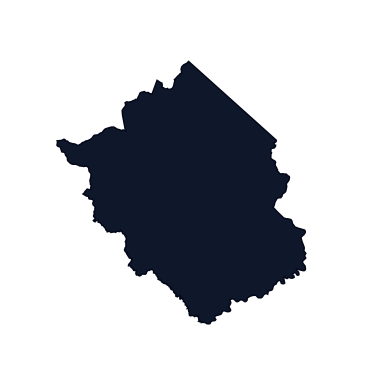 Confresa, Mato Grosso, Brazil, rotated 219°
{"feature_id": "56859067B65031826235038", "entity_name": "Confresa", "entity_type": "district", "adm_level": 2, "iso_a3": "BRA", "parent_name": "Brazil", "parent_adm1": "Mato Grosso", "projection": "robinson", "projection_center": [-51.724, -10.407], "detail": "fine", "context": "isolated", "style": "filled", "palette": "ink", "viewbox_px": 384, "rotation_deg": 219, "n_neighbors": 0, "source": "geoboundaries", "source_scale": "gbopen_adm2", "svg_char_len": 5988}
<svg xmlns="http://www.w3.org/2000/svg" viewBox="0 0 384 384"><g transform="rotate(219 192 192)"><path d="M329.0,146.9L327.8,146.0L326.5,143.5L325.5,143.1L324.2,143.4L322.8,144.1L318.4,141.3L316.3,142.5L315.5,142.5L313.1,140.9L311.4,140.7L310.5,140.2L308.6,138.3L307.8,138.1L304.6,137.8L302.8,138.2L301.5,139.0L299.8,140.4L297.0,141.4L295.6,141.6L293.6,143.1L292.6,143.4L290.6,145.5L289.5,145.9L288.5,145.9L287.3,145.5L285.1,143.4L282.3,142.8L281.5,142.1L279.8,139.6L278.7,136.9L278.1,136.2L276.9,135.4L275.9,134.1L274.7,133.8L274.2,133.3L273.7,132.1L273.0,131.3L272.7,129.7L273.3,129.0L274.9,128.6L275.4,127.9L275.2,126.9L275.5,125.4L275.1,122.9L275.4,121.9L271.5,122.4L270.2,123.3L269.0,123.0L268.0,122.0L266.9,122.2L266.2,122.9L264.5,123.7L263.4,123.5L262.7,122.7L262.0,120.9L261.5,120.3L260.6,119.8L258.6,119.7L257.8,119.3L257.1,118.1L256.1,117.1L255.9,116.1L255.9,115.3L255.0,114.1L254.0,113.8L253.8,112.0L253.0,111.1L251.2,110.9L250.4,110.1L250.7,107.7L249.5,107.6L248.6,107.9L248.9,108.9L247.4,110.3L246.4,110.5L245.8,109.6L244.7,110.2L242.9,110.3L240.9,109.4L240.1,109.9L239.2,109.9L238.1,109.5L237.0,109.5L234.9,108.3L233.9,108.4L233.0,107.7L232.3,108.3L231.8,109.5L229.5,109.6L228.1,111.3L226.8,112.4L226.0,112.6L225.5,114.4L223.2,115.8L223.5,117.1L220.9,117.0L220.1,116.4L219.0,116.1L218.2,116.8L217.4,116.8L217.0,116.1L214.1,114.9L213.1,113.6L212.4,111.3L211.6,111.3L208.9,107.9L208.8,106.4L208.3,105.5L208.1,104.6L206.4,103.7L205.2,103.6L204.3,104.1L204.0,103.0L199.1,101.3L197.7,102.1L196.6,102.2L196.1,100.8L195.5,100.0L195.6,95.8L194.9,94.7L193.2,96.0L191.9,95.1L190.4,95.3L189.7,94.9L188.8,95.1L188.1,94.4L187.2,94.8L186.4,95.6L185.5,95.6L184.8,94.0L183.8,92.9L182.5,92.7L181.7,93.8L180.6,93.5L179.7,94.1L179.3,94.9L179.2,96.8L176.6,98.7L176.3,99.7L176.8,100.8L177.1,103.2L175.7,104.4L175.7,105.4L174.9,105.9L174.3,106.8L173.2,106.9L171.5,105.9L171.0,105.0L169.9,105.5L168.5,105.8L167.8,105.0L166.9,105.6L166.1,104.5L165.3,104.6L164.8,104.0L164.0,103.7L163.3,102.8L162.3,103.3L161.5,103.3L160.6,103.9L159.3,103.1L157.7,103.3L156.6,103.2L155.8,104.1L155.0,103.8L154.2,104.7L153.2,104.1L151.1,104.6L150.1,104.0L148.1,104.6L147.9,103.4L146.8,103.2L145.1,103.9L144.1,103.6L143.4,102.8L141.5,102.4L140.4,102.8L139.0,100.9L137.3,101.4L137.2,102.4L135.6,103.7L134.9,102.1L134.0,101.3L133.3,101.8L133.5,103.1L132.6,103.3L130.4,102.3L129.7,101.5L129.0,102.0L128.1,101.5L126.7,101.3L126.2,100.1L125.4,100.5L124.4,99.9L123.0,100.1L122.4,98.5L121.7,99.4L119.2,97.0L118.2,96.9L117.6,95.5L116.7,95.5L116.4,94.6L115.5,94.7L113.7,96.5L112.8,96.9L111.7,96.7L111.1,97.6L110.9,98.4L109.8,98.5L109.9,99.5L109.0,99.5L106.1,96.9L105.2,97.2L105.5,95.7L104.7,95.9L103.1,97.0L102.6,96.4L101.9,97.3L99.5,98.9L97.6,99.0L96.0,100.1L95.2,101.1L95.6,102.1L95.6,103.1L95.2,104.5L94.5,105.4L93.3,106.4L93.2,107.8L95.0,108.4L95.8,109.4L95.8,110.6L93.0,114.5L92.6,115.5L92.6,116.4L93.1,117.7L93.0,119.2L92.1,120.1L89.6,121.0L88.7,121.6L87.5,123.0L87.5,124.3L88.0,124.8L90.7,125.9L91.4,126.6L91.7,129.3L92.3,130.5L94.4,131.7L94.4,133.1L92.6,135.1L88.7,134.8L87.9,135.1L87.3,136.0L86.5,138.6L86.0,139.2L84.8,139.8L82.0,140.0L81.3,140.6L81.1,141.7L81.2,142.9L82.1,143.8L82.3,144.7L81.5,147.0L80.4,148.9L78.9,150.7L78.0,151.5L77.2,151.9L74.0,151.5L71.8,153.2L71.4,153.9L71.3,155.2L71.7,156.9L71.1,159.1L70.3,159.9L68.9,160.2L70.1,162.5L70.1,163.7L68.8,165.2L68.3,166.1L68.3,167.1L69.5,169.7L69.7,171.0L69.5,172.0L68.8,173.4L69.4,175.9L69.2,176.9L68.7,177.9L67.9,178.7L67.2,178.6L65.1,177.3L64.3,177.5L62.9,178.5L62.7,179.6L65.9,182.2L66.9,183.9L65.9,184.4L64.5,184.2L63.6,184.7L63.4,185.9L62.7,186.7L60.6,187.5L59.6,188.4L58.9,190.0L60.0,190.9L61.1,190.8L61.9,191.2L62.1,192.4L61.4,194.0L60.3,194.4L58.6,193.6L57.6,193.8L56.9,194.5L57.0,195.3L58.6,196.7L59.5,196.9L61.0,196.8L62.2,197.3L61.3,198.4L56.0,200.9L55.3,201.6L55.0,202.6L55.4,203.6L57.5,205.6L60.7,206.3L61.7,206.8L62.3,207.7L62.7,208.9L62.3,209.8L62.0,212.1L62.6,212.6L64.0,212.8L64.9,214.8L64.8,215.8L67.8,216.6L68.5,217.3L69.3,218.8L70.2,219.7L75.5,222.8L78.2,224.8L78.7,225.5L78.7,226.5L78.2,229.6L78.3,230.7L78.6,231.9L79.2,232.7L80.2,233.2L81.1,233.1L82.9,232.2L83.7,232.0L86.8,230.6L90.2,229.6L91.9,230.2L93.5,230.4L96.5,232.5L97.8,232.8L100.4,231.6L101.9,230.5L104.3,229.5L112.6,230.2L119.2,231.1L119.9,233.7L121.2,236.4L121.9,240.4L121.4,241.7L119.4,243.5L119.5,245.6L120.3,246.7L120.2,248.2L119.6,250.1L119.7,251.7L121.8,255.8L123.9,257.7L124.1,262.2L125.4,264.6L126.2,265.2L128.4,264.9L129.8,265.3L131.9,263.8L133.0,263.3L134.0,262.1L135.7,261.4L137.1,261.9L138.9,262.1L139.6,263.1L140.3,263.2L141.0,263.8L143.4,264.7L144.9,265.8L145.7,267.7L146.9,268.2L150.1,267.7L152.1,267.8L154.7,271.4L154.8,272.5L156.0,272.8L157.3,274.5L157.6,275.2L157.4,276.3L156.0,277.7L155.8,278.5L155.9,280.1L156.5,280.9L157.1,280.0L158.2,280.9L159.1,281.2L158.4,283.8L158.7,284.9L159.4,285.3L276.8,291.3L277.0,288.9L278.6,285.3L278.5,284.3L278.8,283.2L277.8,280.6L276.0,279.1L274.9,277.5L275.7,276.1L275.6,274.8L276.0,273.3L276.1,270.4L276.4,268.2L275.1,267.5L274.5,265.7L273.5,263.9L272.6,261.6L272.6,260.1L273.3,258.3L275.2,256.8L276.4,256.9L277.0,255.6L277.9,255.2L279.9,255.0L281.4,254.4L282.1,256.0L283.4,257.2L284.2,257.7L285.0,257.0L285.8,257.2L289.4,256.8L284.6,242.8L285.7,242.5L286.5,241.9L288.6,241.8L290.5,240.1L292.2,240.1L294.2,237.4L294.6,236.5L294.4,235.1L294.0,234.3L293.4,231.1L292.7,230.0L293.1,229.2L294.0,228.7L294.5,226.8L295.3,226.0L295.7,224.5L298.0,221.7L299.5,221.0L300.2,219.3L298.1,217.7L297.8,215.8L297.9,214.9L297.7,212.1L297.3,211.1L294.3,208.0L282.3,197.8L284.7,196.8L285.3,195.5L288.3,194.5L289.1,193.9L293.6,193.3L295.5,191.7L297.4,189.0L298.9,186.7L299.3,185.5L299.3,181.7L300.4,179.8L301.0,177.3L303.4,174.9L303.8,173.8L303.6,170.3L304.9,167.1L305.6,165.8L306.5,165.1L307.4,162.5L308.3,161.4L308.5,159.6L309.4,157.2L310.3,156.3L311.6,155.9L313.0,155.7L315.4,154.3L318.7,152.9L320.8,153.2L322.2,152.1L323.0,152.7L324.1,152.7L324.9,152.1L325.9,149.9L329.0,146.9Z" fill="#0f172a" stroke="#020617" stroke-width="1.5"/></g></svg>